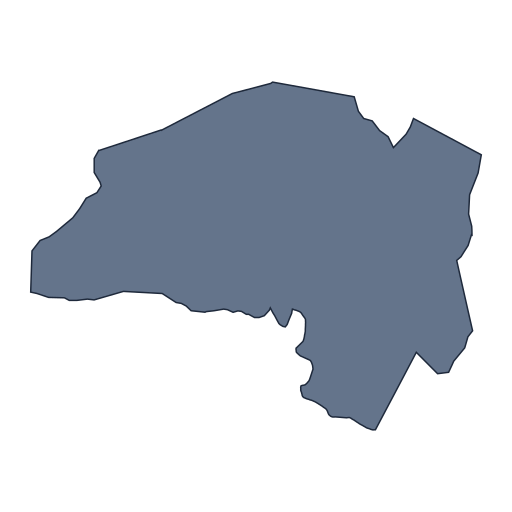 outline of Ferrand, Castries, Saint Lucia
{"feature_id": "8701671B90118791051051", "entity_name": "Ferrand", "entity_type": "district", "adm_level": 2, "iso_a3": "LCA", "parent_name": "Saint Lucia", "parent_adm1": "Castries", "projection": "robinson", "projection_center": [-60.984, 13.986], "detail": "fine", "context": "isolated", "style": "filled", "palette": "slate", "viewbox_px": 512, "rotation_deg": 0, "n_neighbors": 0, "source": "geoboundaries", "source_scale": "gbopen_adm2", "svg_char_len": 3623}
<svg xmlns="http://www.w3.org/2000/svg" viewBox="0 0 512 512"><path d="M205.0,312.2L205.5,312.0L206.3,311.6L212.7,310.9L214.3,310.7L223.7,309.1L227.5,309.7L227.9,309.9L233.1,312.3L237.9,310.9L241.5,311.4L245.6,313.9L246.3,314.3L248.7,314.3L250.8,315.5L254.5,317.5L259.1,317.5L263.1,316.1L264.3,315.7L265.5,314.4L269.3,310.2L270.0,308.6L270.3,307.9L273.1,313.2L273.5,313.8L274.7,315.7L276.8,319.7L278.9,323.5L279.8,324.4L280.3,324.8L282.9,326.4L285.3,326.9L286.3,325.6L287.1,324.6L287.4,323.9L289.1,319.4L291.7,313.2L291.9,311.7L292.4,309.1L293.3,309.3L294.1,309.8L294.6,309.9L295.2,310.0L296.5,310.4L297.3,310.7L297.9,311.0L298.4,311.1L299.4,311.6L299.8,311.8L300.7,312.4L301.6,313.5L302.2,314.5L302.9,315.5L303.4,316.2L304.6,317.8L305.1,318.5L305.5,319.6L305.5,321.0L305.6,322.7L305.5,323.8L305.5,324.8L305.5,325.5L305.5,326.2L305.4,326.9L305.4,327.9L305.3,328.9L305.3,330.0L305.3,331.3L305.1,332.4L304.9,333.8L304.7,334.4L304.5,335.4L304.5,335.8L304.4,336.5L304.2,337.4L304.0,338.5L303.6,339.7L303.4,340.4L303.2,340.9L303.1,341.1L302.9,341.5L297.9,346.4L296.9,347.4L296.7,347.6L296.1,348.1L296.0,349.2L296.1,350.1L296.2,350.6L296.2,351.2L296.3,352.0L296.9,352.8L298.5,354.3L299.5,355.2L299.8,355.4L300.1,355.7L300.6,356.0L309.7,360.1L310.3,360.5L310.7,361.0L310.9,361.3L311.0,361.6L311.4,362.2L311.7,363.0L311.9,363.5L312.2,364.4L312.5,365.2L312.8,367.3L313.0,369.1L310.4,377.1L309.5,379.7L309.3,380.0L309.1,380.6L308.4,381.5L307.8,382.1L307.5,382.6L305.6,384.4L305.1,384.8L304.0,385.1L303.6,385.2L302.7,385.3L301.6,385.6L301.0,385.9L300.8,386.8L300.7,387.1L300.7,387.9L300.8,388.9L300.7,390.0L300.9,390.8L301.0,391.2L301.5,392.4L301.7,393.4L302.1,394.7L302.2,395.5L302.8,396.7L303.5,397.2L304.0,397.7L305.0,398.0L305.7,398.4L306.3,398.6L307.0,398.9L308.6,399.3L309.2,399.5L309.5,399.7L310.4,400.0L311.4,400.2L312.6,400.7L313.5,401.1L313.9,401.3L314.9,401.7L316.0,402.3L317.1,403.0L318.0,403.5L319.0,404.2L319.9,404.7L320.4,405.0L320.9,405.4L321.7,405.9L322.2,406.2L323.7,407.4L324.3,407.7L325.0,408.2L325.4,408.5L325.9,408.9L326.5,409.6L326.9,410.2L327.1,410.5L327.8,412.2L328.1,413.0L328.3,413.6L328.8,414.5L329.3,415.1L329.9,415.6L330.3,415.9L330.6,416.2L331.1,416.4L331.4,416.6L332.7,417.0L333.8,417.0L335.4,416.9L346.6,417.8L347.1,417.7L349.1,417.5L349.9,417.7L350.8,418.1L351.0,418.3L352.0,419.0L352.6,419.3L353.4,419.8L353.8,420.0L354.1,420.1L355.0,420.8L355.7,421.2L356.2,421.6L357.4,422.4L358.3,422.9L359.2,423.6L360.0,424.1L361.3,424.8L362.3,425.3L363.2,425.8L363.4,426.0L364.2,426.4L365.4,427.1L366.5,427.8L367.6,428.2L368.3,428.4L368.6,428.5L369.8,428.9L370.9,429.4L371.5,429.6L371.9,429.6L372.8,429.9L373.0,429.9L374.3,429.8L375.4,429.8L396.5,389.9L416.3,352.3L431.8,367.9L437.6,373.7L440.7,373.3L448.6,372.3L452.1,364.8L453.7,361.2L464.7,347.9L465.9,343.8L467.9,336.8L470.8,333.1L472.6,330.8L467.7,309.3L460.7,278.3L459.1,271.2L456.7,260.4L461.0,256.7L464.0,251.9L468.1,245.5L469.9,239.7L471.5,234.7L471.7,234.8L472.0,235.0L471.9,230.0L471.7,226.2L471.4,225.0L468.6,214.1L469.6,194.7L478.1,173.0L481.3,154.8L413.5,118.5L413.3,119.0L410.3,127.0L406.1,134.2L393.4,147.6L388.1,136.7L379.6,130.6L372.2,120.9L363.7,118.5L358.4,111.3L354.2,96.8L272.6,82.1L271.7,82.7L270.8,83.4L232.3,93.5L161.3,130.3L161.1,130.0L99.3,150.4L98.8,150.3L94.2,158.4L94.2,172.5L100.1,182.3L101.2,186.0L96.9,192.7L86.2,198.2L79.7,208.6L72.8,217.8L56.7,231.3L49.2,236.8L40.1,240.5L32.0,250.9L30.7,292.1L37.0,293.5L48.6,297.4L64.4,297.8L69.3,300.4L76.8,300.4L87.4,299.1L94.1,299.9L123.4,291.4L162.2,293.5L176.1,302.5L181.3,303.4L186.2,306.0L191.1,310.7L192.7,310.9L205.0,312.2Z" fill="#64748b" stroke="#1e293b" stroke-width="1.5"/></svg>